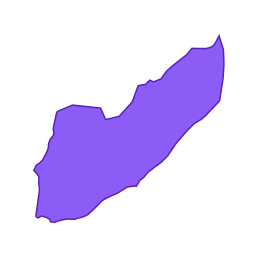 the district of At Taffah, Al Bayda', Yemen, rotated 7°
{"feature_id": "15242507B13083201582519", "entity_name": "At Taffah", "entity_type": "district", "adm_level": 2, "iso_a3": "YEM", "parent_name": "Yemen", "parent_adm1": "Al Bayda'", "projection": "robinson", "projection_center": [45.345, 14.162], "detail": "fine", "context": "isolated", "style": "filled", "palette": "violet", "viewbox_px": 256, "rotation_deg": 7, "n_neighbors": 0, "source": "geoboundaries", "source_scale": "gbopen_adm2", "svg_char_len": 2205}
<svg xmlns="http://www.w3.org/2000/svg" viewBox="0 0 256 256"><g transform="rotate(7 128 128)"><path d="M215.6,89.8L216.3,66.9L215.5,53.7L215.0,50.0L213.2,38.7L207.4,25.9L207.3,25.4L207.1,25.7L206.7,26.6L206.4,27.5L206.0,28.4L205.7,29.3L205.3,30.4L204.9,31.3L204.6,32.2L204.2,33.1L203.8,33.9L203.4,34.7L202.9,35.4L202.3,36.2L201.6,36.8L200.8,37.4L200.0,37.9L199.2,38.3L198.3,38.7L197.4,39.0L196.4,39.3L195.2,39.7L194.5,39.9L194.0,39.9L193.9,39.9L193.7,39.9L193.4,39.9L193.3,40.0L193.2,40.0L192.9,40.0L192.7,40.0L192.4,40.0L183.5,41.0L182.1,41.1L181.9,41.2L181.7,41.2L177.0,48.5L174.1,51.3L168.9,56.5L164.2,61.4L161.7,64.2L161.0,65.0L159.5,66.6L154.7,75.3L151.0,77.3L147.8,79.1L143.7,77.9L140.2,82.5L138.4,83.0L135.3,84.0L134.6,84.2L134.0,84.4L132.9,84.8L130.8,93.9L129.1,101.5L117.8,117.5L104.8,122.4L98.4,111.6L70.2,112.0L58.2,118.8L55.6,120.7L55.2,122.1L53.8,137.6L55.1,142.3L54.8,144.6L52.1,148.8L51.7,150.9L51.1,153.0L51.3,157.6L50.5,161.3L47.1,170.3L44.7,173.3L41.5,176.1L41.2,177.0L41.1,177.4L41.0,177.6L40.8,178.3L40.6,178.9L40.5,179.3L40.3,179.8L40.1,180.5L39.7,181.6L43.0,184.4L45.5,187.4L46.1,193.8L47.5,199.0L47.7,202.6L47.3,222.7L47.3,226.7L49.0,228.1L49.4,228.4L49.4,228.5L49.4,228.4L49.8,228.1L52.9,225.9L57.6,226.6L61.0,228.0L62.4,230.1L62.8,230.6L63.0,230.6L66.7,230.5L69.4,229.1L72.0,228.0L75.1,226.9L76.8,226.2L78.5,225.9L79.4,225.7L79.8,225.7L85.2,225.2L86.2,225.1L89.4,223.5L93.6,222.0L94.0,221.7L95.5,221.0L97.2,219.9L98.9,218.7L99.9,217.4L100.5,216.8L103.7,213.0L106.6,209.3L106.8,209.1L109.4,205.5L110.8,203.8L112.7,202.0L115.3,200.2L116.1,199.6L118.1,198.3L120.8,196.7L123.3,195.3L125.7,193.8L126.7,193.0L129.2,190.9L133.5,187.4L133.9,187.1L137.3,185.8L142.1,184.8L143.5,184.7L143.7,184.2L144.0,183.4L144.0,183.2L144.4,182.6L146.3,178.3L149.6,175.2L151.5,172.1L153.6,169.0L156.2,166.7L159.2,163.5L161.8,161.3L165.1,157.9L168.2,154.2L169.6,152.3L170.8,150.7L171.4,149.6L174.4,143.7L177.4,137.8L180.5,133.1L181.9,131.0L182.6,129.9L185.1,126.3L185.6,125.6L185.7,125.4L185.8,125.3L186.6,124.1L192.1,116.9L192.8,115.9L193.1,115.6L197.6,112.1L199.9,110.3L204.2,105.4L206.3,102.4L208.8,99.0L210.6,96.7L215.6,89.9L215.6,89.8Z" fill="#8b5cf6" stroke="#5b21b6" stroke-width="1.5"/></g></svg>